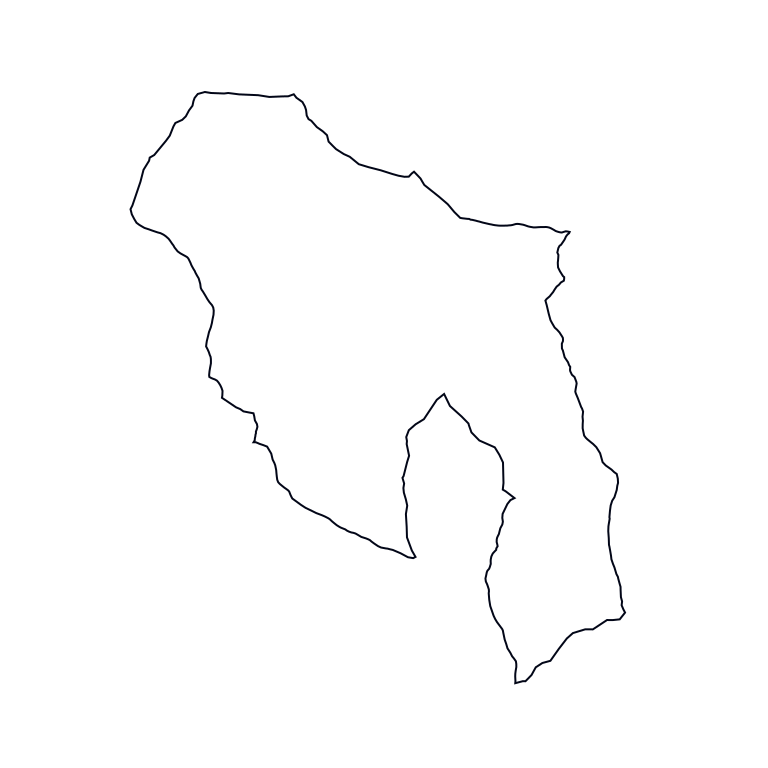 Shapa, Paro, Bhutan (Natural Earth projection), rotated 283°
{"feature_id": "84629894B81058268948150", "entity_name": "Shapa", "entity_type": "district", "adm_level": 2, "iso_a3": "BTN", "parent_name": "Bhutan", "parent_adm1": "Paro", "projection": "natural_earth1", "projection_center": [89.46, 27.36], "detail": "fine", "context": "isolated", "style": "outline", "palette": "ink", "viewbox_px": 768, "rotation_deg": 283, "n_neighbors": 0, "source": "geoboundaries", "source_scale": "gbopen_adm2", "svg_char_len": 6151}
<svg xmlns="http://www.w3.org/2000/svg" viewBox="0 0 768 768"><g transform="rotate(283 384 384)"><path d="M597.6,365.5L595.4,363.7L591.6,361.5L590.5,357.3L590.2,351.3L590.5,344.9L591.5,332.7L591.8,320.2L592.5,310.0L597.7,299.5L599.0,293.1L602.1,284.4L604.2,281.0L607.7,275.5L613.6,272.5L616.4,267.6L619.2,260.8L624.1,254.0L625.1,250.9L628.2,248.3L633.5,246.4L636.6,244.5L640.4,241.1L643.2,234.3L646.0,230.9L642.8,226.0L641.4,220.4L637.9,207.7L637.1,196.4L635.7,188.9L633.6,177.6L632.5,166.7L631.1,162.9L628.6,149.8L628.2,143.7L624.7,137.3L620.1,135.1L616.6,134.7L612.1,134.8L606.8,132.5L600.2,130.7L596.0,128.0L591.4,122.0L587.6,120.9L577.8,119.4L571.8,116.8L560.6,111.2L555.4,108.6L551.9,104.8L548.7,104.9L538.6,101.5L526.3,101.2L512.3,99.8L501.4,98.7L497.3,97.7L492.6,100.1L488.6,103.5L485.4,106.6L484.0,109.8L483.0,112.9L482.2,115.5L481.8,120.1L481.4,123.2L480.8,129.2L480.7,132.3L479.9,135.6L478.9,138.1L477.1,141.4L475.6,143.2L473.0,146.0L471.6,147.7L469.9,149.2L466.8,153.1L465.5,156.2L464.7,159.0L463.9,161.9L463.3,163.7L462.3,165.1L460.5,166.6L458.5,168.2L456.6,169.5L455.3,170.6L453.1,172.6L451.4,174.3L450.2,175.1L447.5,177.5L445.2,179.7L440.3,182.4L436.5,183.8L434.9,185.0L433.4,186.7L430.0,190.0L426.9,192.9L424.4,195.6L422.1,198.7L420.1,200.4L417.2,201.6L413.1,202.3L408.1,202.4L404.7,202.6L400.3,202.5L395.2,201.8L391.1,201.8L386.0,201.7L383.3,201.9L380.6,202.2L378.0,204.4L375.6,206.2L373.1,207.7L371.5,208.9L369.4,209.7L367.4,210.2L365.2,210.7L360.5,210.9L357.2,211.1L353.3,211.6L351.6,212.2L351.0,214.2L350.7,215.8L350.4,218.2L349.7,220.5L348.2,222.5L345.9,224.8L343.6,226.6L341.0,228.2L338.9,228.6L336.2,229.1L334.1,229.2L330.7,238.1L328.0,245.1L327.2,249.6L325.7,253.2L325.9,259.1L326.1,263.4L323.4,264.8L319.5,266.4L316.4,269.2L313.8,270.3L311.1,270.2L308.8,269.9L307.3,270.3L305.6,270.2L304.2,270.4L302.0,270.4L300.0,270.7L297.9,270.0L298.4,272.2L298.0,274.6L297.7,276.0L297.3,280.2L296.7,284.2L292.9,287.8L290.8,289.8L285.3,292.5L282.4,294.9L280.3,296.3L275.9,298.3L272.5,299.4L269.6,300.4L266.7,301.5L264.5,303.0L263.2,304.9L261.8,307.7L260.6,310.2L259.8,312.2L258.8,314.5L257.9,315.8L255.1,317.7L253.2,319.2L251.8,320.4L247.6,330.2L245.7,335.4L244.1,342.4L243.0,347.0L242.2,353.0L241.6,356.2L240.7,359.8L240.1,361.5L238.4,364.4L237.3,366.6L235.8,369.7L234.7,372.9L234.3,374.5L233.6,379.0L232.8,380.9L232.3,383.0L232.0,385.5L232.1,387.7L231.9,389.9L231.2,392.2L229.9,396.3L229.5,401.3L229.1,403.7L228.7,405.4L227.7,407.2L226.4,410.2L224.7,414.6L224.0,417.9L224.2,422.8L224.4,424.6L224.3,427.0L224.3,429.9L222.8,438.3L220.6,446.3L220.9,451.6L222.6,453.6L228.0,448.6L239.7,440.9L250.0,438.2L262.2,434.6L270.7,434.0L276.4,431.3L282.6,427.8L287.0,426.3L291.6,426.0L296.7,423.1L298.7,423.8L313.3,424.1L319.7,424.6L330.6,419.6L333.6,419.2L337.3,417.6L344.6,418.6L351.9,423.9L358.7,430.8L380.5,439.0L387.8,444.8L377.4,453.2L369.8,466.9L364.5,475.2L363.1,475.9L356.5,480.1L350.4,489.6L347.2,506.2L341.0,512.3L334.3,517.6L314.4,522.7L307.8,523.5L306.8,526.7L302.2,536.8L299.3,533.3L294.8,531.2L284.1,528.8L280.1,529.4L276.6,530.8L273.7,530.9L269.6,529.8L265.1,529.7L263.7,529.7L261.7,529.2L259.8,528.8L258.0,528.8L255.4,529.3L253.1,530.5L251.5,531.2L249.1,530.4L247.6,530.6L245.8,529.5L243.3,528.1L240.1,527.4L236.9,527.5L235.3,527.8L232.7,528.5L229.6,528.3L227.6,528.0L225.4,526.8L223.7,526.5L220.5,526.6L217.3,526.6L214.4,527.7L212.1,529.5L210.2,530.7L207.5,532.3L205.6,532.9L203.7,533.1L197.4,535.1L191.5,537.5L182.9,542.9L180.0,545.2L177.5,547.6L175.7,549.7L171.8,554.3L170.5,555.3L168.4,556.2L162.1,559.1L158.3,561.5L154.2,563.8L150.5,567.6L147.5,570.1L145.9,572.2L143.5,574.9L140.9,575.9L138.0,576.6L134.3,576.8L131.3,577.1L128.7,577.6L124.1,578.9L122.0,579.2L125.7,586.2L126.2,588.7L133.6,593.2L142.1,595.6L147.8,601.1L151.7,608.4L165.2,613.9L177.2,619.4L183.8,624.1L190.2,635.2L191.9,642.7L204.2,654.4L205.4,659.9L207.7,666.6L215.5,670.3L218.3,667.9L221.9,665.3L225.7,664.9L229.6,662.8L236.8,660.8L239.6,660.1L241.7,658.9L247.1,656.0L248.7,655.3L251.1,653.2L257.1,649.8L260.2,647.6L264.4,645.0L267.8,643.8L272.6,641.8L276.3,640.2L277.9,639.4L284.3,637.7L291.1,635.6L295.8,634.7L298.3,634.5L303.5,634.2L304.9,633.6L311.3,632.7L316.6,632.2L321.6,632.6L325.5,634.0L333.1,634.6L337.4,634.2L340.3,634.3L344.4,633.1L348.7,631.0L349.9,628.1L351.8,624.9L352.6,623.0L354.5,618.4L357.0,614.6L362.7,611.5L365.2,610.1L370.2,605.1L372.6,601.2L373.7,598.9L375.9,594.5L377.0,592.7L378.8,590.6L381.2,589.5L382.9,588.7L385.6,587.5L389.7,586.6L392.9,586.1L394.7,585.5L396.8,584.8L401.9,584.2L404.6,582.5L405.9,581.3L414.0,575.9L418.0,573.0L419.6,572.1L422.0,571.9L427.8,571.6L429.4,570.9L433.6,568.1L435.3,565.0L438.2,562.7L439.5,562.1L442.6,561.6L444.0,560.1L446.6,558.4L450.7,554.0L456.8,550.8L458.6,549.4L463.3,548.2L465.9,548.7L467.3,548.5L469.2,547.9L470.5,546.7L473.8,543.3L475.7,540.6L477.4,537.6L481.1,534.1L483.6,531.9L489.5,528.7L496.0,525.5L497.6,524.7L501.6,522.5L503.4,523.3L506.8,525.8L508.6,526.6L511.6,528.1L514.4,529.0L517.7,530.3L520.1,532.2L522.7,533.5L525.1,536.0L527.0,535.9L528.7,535.5L529.4,534.1L533.4,530.1L536.7,527.4L539.6,526.5L541.5,526.0L543.4,525.8L546.1,525.4L549.0,524.9L551.1,523.3L553.8,523.3L555.7,523.3L558.2,524.0L559.5,525.2L564.1,527.0L565.5,527.5L568.5,528.1L570.0,528.7L571.4,529.5L572.5,530.4L573.9,530.7L573.9,528.9L573.7,526.8L572.7,525.0L571.6,523.2L571.4,521.6L571.4,520.1L571.5,518.5L571.7,516.8L572.3,515.1L572.8,513.4L573.3,511.6L573.6,509.9L573.6,508.1L573.4,506.3L572.9,504.6L572.5,502.9L572.1,501.2L571.6,499.4L571.1,497.8L570.6,496.1L570.2,494.3L570.1,492.5L570.0,490.8L570.0,489.0L570.2,487.2L570.4,485.4L570.5,483.6L570.4,481.8L570.3,480.0L570.1,478.3L569.6,476.6L568.8,475.1L567.9,473.5L567.2,471.9L566.7,470.2L566.1,468.5L565.7,466.8L565.2,465.1L564.8,463.4L564.4,461.6L564.1,459.9L563.9,458.1L563.7,456.3L563.6,454.6L563.6,452.8L563.5,451.0L563.5,449.2L563.5,447.4L563.5,445.6L563.5,443.8L563.6,442.0L563.7,440.3L563.7,438.5L563.8,436.7L563.8,434.9L563.8,433.1L563.6,431.4L564.0,429.8L563.7,428.3L563.1,423.0L563.0,420.9L567.4,413.8L573.5,405.7L579.0,395.2L583.3,386.2L587.0,378.5L590.1,375.5L592.4,373.4L594.4,370.4L597.6,365.5Z" fill="none" stroke="#020617" stroke-width="2"/></g></svg>